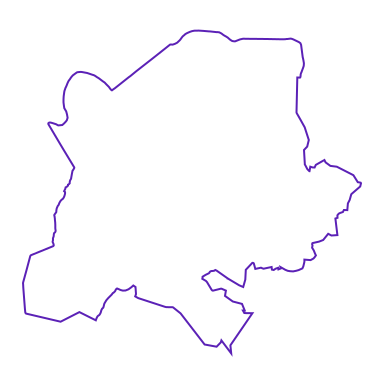 Kota Jambi, Jambi, Indonesia
{"feature_id": "22746128B99667418524197", "entity_name": "Kota Jambi", "entity_type": "district", "adm_level": 2, "iso_a3": "IDN", "parent_name": "Indonesia", "parent_adm1": "Jambi", "projection": "mercator", "projection_center": [103.597, -1.621], "detail": "fine", "context": "isolated", "style": "outline", "palette": "violet", "viewbox_px": 384, "rotation_deg": 0, "n_neighbors": 0, "source": "geoboundaries", "source_scale": "gbopen_adm2", "svg_char_len": 5735}
<svg xmlns="http://www.w3.org/2000/svg" viewBox="0 0 384 384"><path d="M216.2,32.1L209.8,31.4L209.1,31.4L203.3,30.9L200.2,30.7L198.4,30.6L196.4,30.7L194.4,30.7L193.2,30.9L191.8,31.2L189.8,31.9L188.2,32.6L186.9,33.2L185.3,34.1L184.4,35.0L183.5,35.7L182.6,36.5L181.6,37.8L180.4,39.5L179.6,40.4L178.1,41.8L177.3,42.6L176.2,43.2L175.0,43.8L173.9,44.2L172.7,44.6L170.6,44.5L170.1,44.6L169.7,44.9L152.8,58.3L136.3,71.2L130.2,76.2L128.9,77.1L114.8,88.3L113.6,89.1L112.1,90.2L112.0,90.3L111.8,90.3L111.7,90.2L111.2,89.9L110.9,89.5L110.5,89.1L110.0,88.5L109.4,87.6L108.8,86.8L107.8,85.8L106.2,84.2L104.9,82.8L104.6,82.5L103.1,81.5L101.5,80.3L100.2,79.3L98.6,78.1L97.2,77.3L96.2,76.6L94.7,75.6L93.6,75.1L92.5,74.8L87.2,73.0L81.8,72.0L80.5,71.9L79.6,72.0L78.5,72.1L77.6,72.2L76.9,72.4L76.2,72.9L74.8,73.9L72.8,75.4L72.0,76.3L71.4,77.0L70.8,77.8L70.3,78.6L69.7,79.5L68.8,80.6L68.0,82.1L67.3,83.7L66.7,85.3L66.0,86.9L65.4,88.1L65.0,89.4L64.6,90.4L64.3,91.7L63.7,96.1L63.6,97.5L63.5,99.7L63.5,101.1L63.5,102.3L63.7,104.0L64.0,106.3L64.3,108.2L66.2,111.4L67.0,114.4L67.6,117.8L66.8,120.3L65.8,121.6L64.1,123.4L62.3,125.0L60.5,125.2L58.2,125.4L56.0,124.2L52.9,123.2L50.8,122.6L49.8,122.5L49.0,122.7L48.4,123.2L48.3,123.7L48.4,124.2L59.9,143.6L63.6,149.8L65.6,153.1L74.2,167.3L74.3,167.8L74.0,168.4L73.5,169.4L72.5,170.8L71.9,173.9L71.2,177.8L71.1,178.6L70.7,179.4L70.3,180.0L70.0,180.8L69.8,181.7L69.7,182.1L69.7,182.6L69.7,183.3L69.0,184.1L68.0,184.7L68.0,185.6L66.9,186.7L65.6,187.4L65.3,188.8L64.1,191.2L65.0,192.0L65.1,192.9L65.0,193.8L64.7,195.0L64.3,196.3L63.7,197.6L62.9,198.8L61.8,199.6L60.7,200.7L60.0,201.8L59.2,203.3L58.7,204.8L57.8,205.9L57.0,207.7L56.8,208.2L56.6,208.9L56.5,209.6L56.4,210.2L56.3,211.1L56.3,211.6L56.3,211.9L56.2,212.2L56.1,212.4L55.4,213.3L54.5,214.6L54.4,214.9L54.3,215.0L54.3,215.5L54.4,215.9L54.6,216.4L54.6,216.8L54.9,218.9L54.9,219.7L55.2,222.5L55.3,225.0L55.3,228.1L55.4,229.2L55.6,230.4L55.6,230.9L55.5,231.4L55.3,231.9L55.0,232.4L54.3,232.9L54.0,233.4L53.9,234.0L53.8,234.6L53.7,236.0L53.5,236.9L53.2,237.5L53.0,238.3L52.9,239.0L53.0,239.6L53.0,240.2L52.8,240.9L52.7,241.4L52.6,241.9L52.8,242.4L53.2,243.2L53.4,243.7L53.6,244.5L53.7,245.0L53.7,245.5L53.5,245.8L53.2,246.1L52.8,246.3L32.2,254.7L31.2,255.1L30.7,255.4L30.5,255.7L30.2,256.3L26.3,270.9L23.3,281.8L23.0,283.1L23.1,283.9L23.3,287.8L24.9,308.6L25.1,310.6L25.2,311.5L25.2,312.1L25.4,312.6L25.5,312.9L25.7,313.3L26.1,313.6L60.6,321.7L79.4,312.1L95.8,320.3L95.9,320.0L96.2,319.3L96.5,318.3L96.9,317.6L97.2,316.9L97.6,316.3L97.9,316.0L98.4,315.6L99.0,315.2L99.4,314.9L99.7,314.4L100.0,314.0L100.2,313.6L100.4,313.3L100.6,312.7L100.9,312.0L101.1,311.2L101.3,310.3L101.7,309.6L102.0,308.9L102.5,308.3L102.9,308.0L103.2,307.7L103.4,307.3L103.5,306.9L103.7,306.2L104.2,304.1L104.4,303.5L104.7,303.0L105.6,301.5L105.9,301.0L106.3,300.3L107.6,298.8L108.2,298.1L108.8,297.5L109.4,296.9L110.1,296.2L111.0,295.3L111.7,294.6L112.2,293.9L112.8,293.1L113.4,292.8L114.2,292.1L114.8,291.5L115.1,291.1L115.3,290.8L115.5,290.3L115.8,289.6L116.2,289.1L116.4,289.0L116.8,288.9L117.1,288.5L117.6,288.7L118.6,289.1L119.9,289.7L120.9,290.1L122.8,290.6L125.5,290.5L128.5,289.3L129.2,288.8L129.9,288.3L131.4,287.2L133.3,285.5L135.5,287.0L136.0,294.1L135.2,296.4L138.2,298.1L164.9,306.8L166.2,307.1L169.1,307.2L171.2,307.2L172.4,307.2L173.1,307.4L180.6,313.4L204.6,344.5L216.6,346.7L220.8,342.4L221.4,340.4L231.2,353.4L230.4,345.3L252.4,313.2L245.8,313.1L244.3,313.0L242.9,310.5L244.7,310.5L242.0,303.9L232.8,301.5L225.0,295.9L225.9,290.6L222.0,288.9L221.4,288.7L220.8,288.7L220.0,288.9L213.2,290.6L212.6,290.6L212.2,290.4L211.9,290.1L211.5,289.6L207.0,282.1L205.9,280.9L202.3,278.8L202.5,277.9L202.6,276.7L205.7,274.8L208.8,273.3L209.4,272.7L209.8,271.9L210.6,271.3L211.6,271.0L212.3,271.0L214.0,270.8L215.3,270.0L216.6,270.6L227.1,278.0L227.7,278.4L227.7,278.5L227.8,278.5L239.2,285.3L243.2,287.0L245.3,279.6L245.8,269.8L252.3,262.9L252.8,262.8L253.4,263.0L253.8,263.4L255.3,268.9L261.0,267.7L262.3,268.3L263.6,268.7L271.6,267.0L271.9,269.6L273.7,270.0L275.6,268.7L278.1,267.8L278.4,269.4L280.7,268.5L280.4,267.0L285.3,269.8L287.7,270.8L290.1,271.2L293.1,271.4L296.1,270.8L298.6,270.1L302.4,268.4L303.3,266.4L303.9,264.0L304.4,261.8L304.4,259.6L310.6,260.1L313.5,258.5L314.8,257.0L315.9,255.4L315.0,253.5L313.8,250.5L312.1,247.7L312.5,245.5L312.1,244.1L312.5,243.1L319.1,241.6L323.2,240.0L328.2,233.8L331.4,235.5L337.4,235.1L336.1,224.4L335.4,218.5L337.5,217.8L337.4,215.3L338.7,213.7L340.0,213.0L342.9,212.0L343.9,210.0L347.3,210.1L347.9,203.4L349.7,199.9L351.2,194.5L351.4,194.1L360.2,186.5L361.0,183.3L360.7,182.7L359.9,182.5L357.8,182.2L353.4,175.2L351.3,174.1L336.8,166.7L330.4,165.9L325.6,162.4L324.4,160.0L315.8,164.9L314.6,167.5L312.4,167.4L310.3,166.7L309.5,171.2L309.4,171.2L307.4,169.2L307.0,168.5L305.4,165.4L304.8,164.4L304.8,163.7L304.0,150.0L305.4,148.5L307.2,146.6L308.8,140.0L304.7,127.3L300.3,119.4L296.7,113.1L296.6,112.7L296.5,112.4L297.3,77.5L300.0,77.6L300.2,77.4L300.4,77.0L300.6,75.7L300.6,75.0L300.7,74.3L301.0,73.2L301.4,72.4L301.9,71.0L303.0,68.1L303.7,66.0L303.8,65.0L303.9,63.5L303.8,62.6L303.6,61.5L303.5,60.8L303.4,60.2L303.2,59.3L303.0,58.2L302.8,57.6L302.7,57.1L301.1,44.9L300.9,44.4L300.7,43.9L300.4,43.2L299.5,42.5L298.7,42.0L293.3,39.4L291.7,38.8L291.1,38.7L290.8,38.6L289.8,38.7L288.9,38.8L287.5,39.0L286.5,39.0L285.4,39.2L282.7,39.3L277.4,39.2L266.7,39.0L256.9,38.9L253.3,38.9L247.3,38.8L245.6,38.8L243.5,38.7L242.7,38.8L241.4,39.1L240.4,39.3L239.5,39.6L238.0,40.2L235.2,41.3L234.1,41.3L233.2,41.2L232.2,41.0L231.2,40.4L230.0,39.6L229.0,38.7L228.7,38.5L228.5,38.3L227.9,37.7L226.2,36.6L225.1,36.0L223.9,35.3L222.6,34.4L221.5,33.5L220.1,32.8L219.5,32.4L218.2,32.2L217.4,32.1L216.2,32.1Z" fill="none" stroke="#5b21b6" stroke-width="2"/></svg>